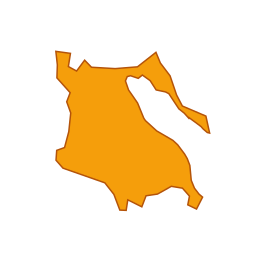 Gurlen, Khorezm, Uzbekistan, rotated 198°
{"feature_id": "79887680B99792663535597", "entity_name": "Gurlen", "entity_type": "district", "adm_level": 2, "iso_a3": "UZB", "parent_name": "Uzbekistan", "parent_adm1": "Khorezm", "projection": "equal_earth", "projection_center": [60.261, 41.834], "detail": "fine", "context": "isolated", "style": "filled", "palette": "amber", "viewbox_px": 256, "rotation_deg": 198, "n_neighbors": 0, "source": "geoboundaries", "source_scale": "gbopen_adm2", "svg_char_len": 971}
<svg xmlns="http://www.w3.org/2000/svg" viewBox="0 0 256 256"><g transform="rotate(198 128 128)"><path d="M124.8,208.6L137.9,189.1L158.6,180.5L181.5,174.5L190.2,179.1L194.5,166.3L203.7,168.0L205.8,181.2L220.3,178.6L214.7,166.2L211.1,153.7L193.9,143.7L194.4,134.0L187.1,124.6L183.2,106.3L182.3,89.8L188.9,84.7L186.5,75.1L177.4,69.7L133.1,68.7L120.9,60.5L110.4,47.4L104.3,49.1L106.0,59.6L90.5,57.3L89.9,69.1L79.5,74.3L68.8,85.9L57.6,87.6L48.5,82.2L47.4,73.4L37.8,72.1L35.7,85.3L40.1,87.1L46.2,91.3L51.7,97.8L57.6,111.5L62.1,117.1L66.1,120.7L75.6,127.4L81.5,130.1L99.8,134.1L113.7,140.4L116.0,142.2L126.6,154.7L133.9,160.3L139.2,164.3L145.0,172.0L144.6,176.7L141.7,178.5L133.6,178.4L130.7,182.8L121.6,179.9L113.0,172.9L103.5,173.9L99.8,173.3L85.5,161.9L79.1,159.5L73.2,156.1L73.2,156.7L65.6,154.2L58.9,151.9L56.2,150.3L51.2,148.2L48.8,148.4L57.6,163.4L83.1,165.7L92.0,174.4L104.1,190.6L117.3,199.8L124.8,208.6Z" fill="#f59e0b" stroke="#b45309" stroke-width="1.5"/></g></svg>